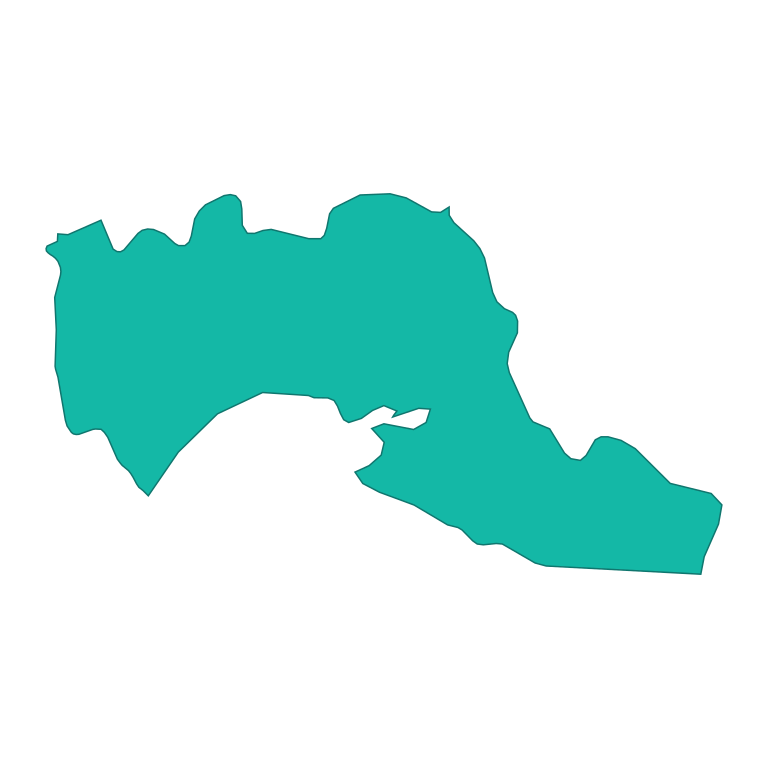 Taranto, Mercator projection
{"feature_id": "ITA-5408", "entity_name": "Taranto", "entity_type": "Province", "adm_level": 1, "iso_a3": "ITA", "parent_name": "Italy", "parent_adm1": "", "projection": "mercator", "projection_center": [17.129, 40.529], "detail": "fine", "context": "isolated", "style": "filled", "palette": "teal", "viewbox_px": 768, "rotation_deg": 0, "n_neighbors": 0, "source": "natural_earth", "source_scale": "10m", "svg_char_len": 1953}
<svg xmlns="http://www.w3.org/2000/svg" viewBox="0 0 768 768"><path d="M700.8,574.2L546.2,566.0L535.1,563.0L502.3,544.0L496.2,543.5L483.3,544.8L477.2,544.0L472.7,540.8L462.0,529.9L458.0,527.5L447.6,524.9L414.0,505.0L379.4,492.2L362.8,483.5L355.0,472.1L369.2,465.6L381.2,455.1L384.2,442.3L371.7,428.5L383.9,423.8L413.6,429.5L426.1,422.5L430.4,409.1L418.7,408.3L392.7,417.0L393.8,415.1L396.9,411.0L383.9,405.6L372.6,410.4L361.4,418.4L348.7,422.5L343.7,419.7L340.4,413.4L337.5,406.1L334.1,400.5L327.9,397.9L314.0,397.7L308.5,395.5L262.6,392.5L217.5,413.8L178.3,452.1L148.3,495.8L143.1,490.6L138.9,487.3L136.6,483.9L133.0,477.1L130.7,473.4L128.5,470.6L122.2,465.4L120.6,463.5L117.4,459.2L107.8,437.3L104.4,432.4L101.1,429.3L95.4,429.0L92.8,429.4L78.9,434.3L76.2,434.5L73.4,433.9L71.4,432.4L67.1,426.0L65.4,420.3L58.0,377.3L55.6,369.2L55.1,366.3L56.3,329.8L54.7,297.5L60.5,275.1L60.9,271.6L60.4,267.4L58.0,261.4L55.5,258.3L52.7,256.0L50.4,254.6L48.1,252.8L46.4,250.9L46.1,248.6L47.1,246.1L57.4,241.4L57.8,233.9L68.0,234.7L101.0,220.2L113.1,249.1L117.0,251.6L120.5,251.8L123.9,250.0L138.0,233.4L142.2,230.3L147.6,229.0L153.5,229.5L164.5,234.1L174.8,243.5L178.5,245.6L185.0,245.6L189.1,242.1L191.3,236.1L194.7,218.9L199.3,211.0L205.5,204.8L224.1,195.6L230.3,194.6L235.7,195.8L240.6,201.5L241.8,209.0L242.3,225.3L247.3,233.3L254.6,233.4L263.0,230.5L271.2,229.4L308.8,238.7L320.8,238.7L324.3,235.4L326.7,228.3L329.6,213.8L333.4,208.3L360.1,195.0L390.1,193.8L406.2,197.9L431.6,211.9L440.6,212.4L449.1,207.0L449.2,215.3L453.9,222.7L473.8,240.8L479.9,248.6L484.5,258.0L492.7,292.6L496.9,301.8L504.4,308.7L512.6,312.4L515.6,315.3L517.6,321.1L517.4,332.8L508.7,352.2L507.2,363.6L509.3,372.6L529.8,417.9L533.0,421.9L549.7,428.9L564.5,453.1L570.9,458.7L580.4,460.4L586.1,455.5L595.3,439.8L601.1,436.8L608.0,436.8L621.1,440.4L635.3,448.7L670.2,483.4L711.2,493.5L721.9,504.9L718.5,524.1L704.2,556.7L700.8,574.2Z" fill="#14b8a6" stroke="#0f766e" stroke-width="1.5"/></svg>